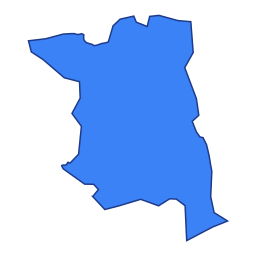 Ix-Uul, Hövsgöl, Mongolia
{"feature_id": "93677404B26219584096108", "entity_name": "Ix-Uul", "entity_type": "district", "adm_level": 2, "iso_a3": "MNG", "parent_name": "Mongolia", "parent_adm1": "Hövsgöl", "projection": "albers", "projection_center": [101.419, 49.506], "detail": "fine", "context": "isolated", "style": "filled", "palette": "blue", "viewbox_px": 256, "rotation_deg": 0, "n_neighbors": 0, "source": "geoboundaries", "source_scale": "gbopen_adm2", "svg_char_len": 1223}
<svg xmlns="http://www.w3.org/2000/svg" viewBox="0 0 256 256"><path d="M227.5,221.0L214.1,212.6L210.7,196.7L211.8,171.3L210.2,162.5L210.2,162.4L209.2,156.1L207.7,149.6L206.5,144.6L203.1,137.8L203.1,137.7L199.9,136.9L196.4,132.0L196.4,131.9L192.2,121.3L198.8,115.3L196.4,98.7L184.7,67.6L184.8,67.5L193.2,52.5L190.8,21.7L178.0,20.6L159.0,15.4L149.7,16.4L147.2,26.5L136.3,22.2L133.8,16.1L120.3,19.1L120.2,19.1L113.1,25.8L108.3,42.0L107.6,42.2L105.7,42.8L101.7,43.5L99.7,44.2L96.9,45.2L94.0,45.6L92.0,44.3L89.4,43.6L86.0,42.5L84.8,41.0L84.1,40.2L83.6,38.1L83.8,36.2L83.7,34.6L81.7,33.7L78.4,34.5L76.7,34.4L75.9,34.1L74.1,33.6L71.3,33.6L63.2,34.1L45.5,38.8L28.5,40.8L31.3,51.9L43.1,59.6L64.3,77.8L79.5,81.7L80.2,98.1L72.0,113.4L72.0,113.5L81.4,126.3L78.6,154.2L69.9,163.2L69.6,163.1L69.1,162.9L68.8,162.5L68.3,162.3L68.0,162.3L67.8,162.4L67.5,162.9L67.3,163.5L66.5,164.2L66.2,164.8L65.4,165.1L63.6,165.1L62.8,165.1L62.3,165.4L62.0,165.5L61.7,165.6L61.7,165.8L63.3,168.9L84.6,184.1L93.7,184.3L98.3,189.4L98.4,189.5L92.8,196.5L92.7,196.5L104.8,209.5L119.1,205.8L140.6,199.3L158.6,205.8L169.7,198.8L176.3,199.1L185.1,205.7L186.7,240.6L212.4,227.1L227.5,221.0L227.5,221.0Z" fill="#3b82f6" stroke="#1e3a8a" stroke-width="1.5"/></svg>